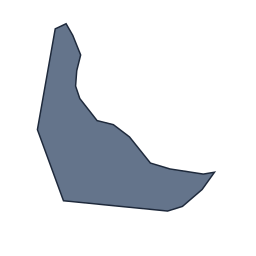 outline of Stonefield, Soufrière, Saint Lucia, rotated 14°
{"feature_id": "8701671B93108958332775", "entity_name": "Stonefield", "entity_type": "district", "adm_level": 2, "iso_a3": "LCA", "parent_name": "Saint Lucia", "parent_adm1": "Soufrière", "projection": "robinson", "projection_center": [-61.059, 13.846], "detail": "fine", "context": "isolated", "style": "filled", "palette": "slate", "viewbox_px": 256, "rotation_deg": 14, "n_neighbors": 0, "source": "geoboundaries", "source_scale": "gbopen_adm2", "svg_char_len": 395}
<svg xmlns="http://www.w3.org/2000/svg" viewBox="0 0 256 256"><g transform="rotate(14 128 128)"><path d="M222.6,150.0L212.2,154.5L178.5,157.6L158.2,156.6L131.6,136.3L113.0,128.3L96.2,128.3L74.1,111.1L67.0,100.0L64.4,84.8L64.4,68.6L52.0,51.5L42.7,41.8L33.4,49.4L40.5,151.5L83.0,214.2L186.5,199.0L199.8,190.9L214.8,169.7L222.6,150.0Z" fill="#64748b" stroke="#1e293b" stroke-width="1.5"/></g></svg>